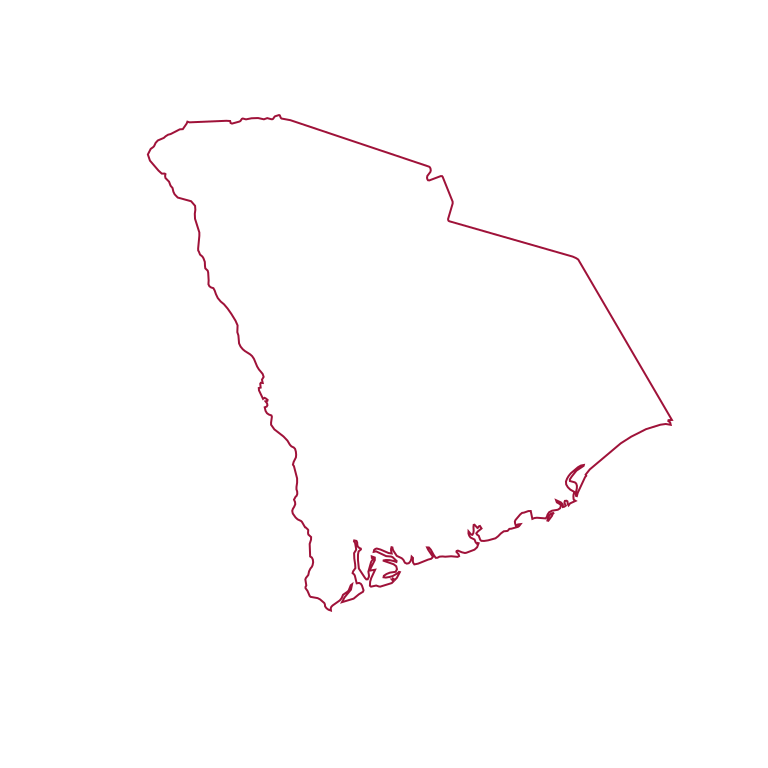 SVG path tracing the border of South Carolina, rotated 15°
{"feature_id": "USA-3545", "entity_name": "South Carolina", "entity_type": "State", "adm_level": 1, "iso_a3": "USA", "parent_name": "United States of America", "parent_adm1": "", "projection": "albers", "projection_center": [-80.855, 33.625], "detail": "fine", "context": "isolated", "style": "outline", "palette": "rose", "viewbox_px": 768, "rotation_deg": 15, "n_neighbors": 0, "source": "natural_earth", "source_scale": "10m", "svg_char_len": 6163}
<svg xmlns="http://www.w3.org/2000/svg" viewBox="0 0 768 768"><g transform="rotate(15 384 384)"><path d="M671.4,344.2L668.2,345.3L668.2,346.2L670.3,347.0L671.5,349.2L666.5,349.7L661.5,351.8L648.8,359.8L636.4,370.9L628.0,380.1L604.9,413.2L602.2,419.4L603.1,420.3L602.3,422.0L599.3,439.0L599.3,442.4L598.5,442.4L597.5,440.3L597.3,435.1L596.7,432.4L595.4,430.4L593.8,429.6L588.7,429.6L588.2,428.1L589.3,424.7L592.3,417.9L598.0,411.4L598.0,410.5L595.3,411.8L592.9,414.2L587.5,422.0L586.2,424.9L585.3,428.1L585.0,431.1L586.0,433.9L588.4,436.2L591.3,437.8L595.5,438.9L595.8,440.1L595.7,441.7L596.0,443.4L596.9,446.1L597.6,446.8L599.3,447.3L594.6,451.2L593.7,453.5L592.6,452.4L591.6,449.9L590.6,449.5L589.0,450.1L588.9,451.5L589.8,453.1L591.1,454.4L590.0,455.8L588.7,456.5L587.8,454.0L585.5,452.6L580.3,451.7L581.6,453.6L584.3,454.3L586.5,455.4L586.2,458.5L584.4,460.5L579.1,462.9L576.7,465.1L575.8,467.7L575.7,470.1L574.9,472.0L566.3,473.6L563.9,474.6L562.2,475.9L558.6,468.7L556.3,469.4L552.5,472.0L550.7,472.8L549.3,474.8L546.2,481.4L546.0,483.0L546.7,484.7L548.2,487.0L548.8,485.9L549.7,485.0L552.2,484.0L551.3,486.2L550.4,487.3L544.5,490.8L542.6,491.5L541.6,493.6L541.0,494.1L537.8,495.3L535.5,498.2L533.6,501.6L531.6,504.2L525.0,508.1L521.3,509.7L518.6,510.3L517.2,509.5L514.8,506.1L512.7,505.3L511.8,504.3L512.9,502.0L515.6,498.3L513.4,496.3L512.6,496.8L512.1,497.8L511.9,498.8L512.2,499.3L507.8,496.5L507.1,496.9L507.4,498.9L508.6,502.6L508.9,504.9L508.4,506.8L507.2,506.9L503.8,504.5L504.3,506.6L505.6,508.5L507.3,509.9L511.7,510.8L513.5,513.2L515.2,514.3L515.6,514.2L515.7,513.3L516.6,513.3L516.2,517.6L514.3,520.6L507.2,525.7L505.9,526.3L502.8,526.4L498.5,525.8L497.4,526.5L497.4,527.4L500.2,529.3L501.1,530.8L499.9,531.9L493.5,533.0L487.8,535.0L485.2,535.4L482.3,536.4L480.6,538.0L478.9,538.5L476.0,536.0L472.1,531.9L469.7,530.3L467.9,530.7L469.4,532.5L475.2,537.6L475.9,537.9L476.0,538.2L475.5,539.5L474.7,540.7L472.2,542.1L463.4,548.7L460.0,550.4L458.4,549.1L457.7,547.6L457.0,544.5L455.4,543.6L455.7,545.9L455.4,548.6L454.3,550.7L452.5,551.6L450.4,551.2L448.2,548.8L446.2,547.7L440.8,546.7L436.2,542.6L435.3,541.5L434.4,539.7L433.5,539.7L433.5,541.4L433.9,543.0L435.3,545.7L432.2,546.1L423.4,544.8L419.6,544.8L418.4,545.5L417.4,546.9L417.5,548.8L419.7,547.7L430.6,549.7L435.7,548.8L437.3,549.1L442.0,551.7L442.0,552.7L438.7,552.5L435.0,552.7L431.5,553.5L428.6,554.8L439.9,555.6L443.0,556.9L444.5,559.6L443.8,562.4L438.5,564.7L435.6,566.9L433.5,569.3L433.6,570.8L435.9,570.5L439.2,569.0L442.2,567.2L446.5,562.8L447.1,561.6L448.0,561.6L446.6,567.9L445.3,570.3L443.0,569.6L443.0,570.4L442.1,570.7L444.3,572.1L443.0,574.3L432.8,580.7L431.5,580.9L428.6,580.7L423.9,583.1L422.6,582.5L421.8,578.6L421.9,574.8L423.5,565.7L419.1,567.7L418.5,566.9L420.7,556.5L420.0,554.0L416.8,553.7L417.3,555.1L418.4,554.8L418.6,555.3L419.3,555.7L418.1,557.4L417.6,559.3L417.5,569.3L419.0,572.7L419.3,574.2L418.8,576.9L417.5,577.3L415.8,576.2L407.5,568.8L404.4,560.7L403.0,555.4L402.8,552.3L404.5,549.8L404.2,549.0L402.7,548.8L400.7,547.8L399.7,545.9L399.1,544.0L398.0,542.7L395.7,542.8L395.7,543.7L397.2,545.0L399.9,550.8L399.9,551.7L398.9,555.1L400.5,560.3L402.8,565.6L404.0,569.3L402.7,572.8L402.6,574.8L404.5,575.7L405.5,576.8L409.2,583.6L411.5,582.6L413.3,583.0L414.8,584.3L417.6,588.5L417.5,590.1L414.2,593.6L410.2,599.2L399.9,605.6L401.1,600.3L405.3,591.2L405.0,585.7L404.0,587.0L403.3,592.7L402.4,594.2L399.0,598.2L398.5,601.8L397.3,604.5L391.7,611.2L390.8,612.8L390.6,614.5L391.4,616.6L388.8,616.4L386.5,615.5L384.7,614.1L383.9,612.1L383.0,611.0L378.0,608.6L375.3,608.0L368.2,608.6L367.1,608.0L363.6,603.6L361.1,601.6L360.7,600.5L361.1,598.7L358.6,593.1L358.8,591.5L360.3,588.1L360.1,584.3L360.7,581.3L361.6,579.3L361.9,577.6L361.7,574.5L360.7,572.0L359.2,570.3L357.3,569.7L353.6,557.7L353.8,553.2L353.2,550.7L349.9,549.0L349.2,547.6L348.6,544.7L347.9,544.1L345.2,542.7L344.8,542.8L340.4,538.4L339.3,537.8L335.6,537.1L333.1,535.8L329.4,532.7L328.2,530.3L328.3,528.2L329.0,525.9L329.4,523.1L328.6,521.0L327.0,519.0L327.8,515.7L328.5,514.7L328.7,512.7L328.0,510.4L326.7,508.4L326.1,506.1L325.6,501.7L324.5,497.7L318.3,486.7L316.9,485.5L316.9,482.6L317.9,477.7L317.5,475.2L316.4,472.2L314.9,469.7L313.3,468.7L310.7,468.2L308.8,467.0L305.4,463.7L300.5,460.7L289.8,456.2L285.5,452.6L284.9,450.5L284.2,444.7L283.4,443.5L280.7,443.3L278.5,442.5L276.6,440.7L274.8,437.4L276.5,436.2L276.9,434.7L276.1,433.0L274.0,431.4L275.7,430.5L275.7,429.5L273.4,428.5L272.1,428.3L271.0,429.7L264.9,422.5L264.1,420.3L265.8,419.4L264.4,415.8L264.7,414.7L266.6,414.4L265.0,411.4L265.9,408.3L264.2,405.7L259.4,402.3L256.9,399.9L251.9,393.4L249.4,391.2L247.0,390.0L241.2,388.2L238.6,387.0L235.8,385.0L233.5,382.3L230.8,374.8L228.9,371.9L227.4,365.3L224.2,361.3L218.4,355.8L213.4,351.6L208.8,348.4L204.9,346.6L201.2,344.0L198.4,340.7L196.3,337.6L194.4,335.6L192.0,335.5L190.1,334.8L188.6,333.1L187.8,329.3L185.3,321.8L184.3,320.1L181.5,318.6L180.6,316.5L179.3,312.4L177.1,309.3L175.6,307.9L172.8,306.6L170.8,303.9L170.0,303.2L169.4,301.2L167.3,288.7L166.4,285.4L158.7,273.3L157.2,268.6L156.7,264.6L155.4,260.8L150.4,257.4L136.5,257.3L132.7,255.0L130.8,252.8L129.0,249.4L126.5,247.7L124.0,244.2L119.6,241.6L118.7,239.7L118.6,237.8L117.7,237.5L114.9,238.3L110.9,236.2L100.1,228.8L96.5,223.4L97.8,217.3L99.9,214.7L100.4,213.6L101.0,210.2L102.5,207.3L107.6,203.3L108.9,201.3L110.9,199.1L113.2,197.8L120.8,190.9L123.7,189.9L126.0,183.5L126.2,181.5L128.4,181.6L163.5,170.6L167.3,169.8L168.3,171.6L169.8,171.8L176.3,168.0L177.2,167.2L178.1,164.7L178.9,164.1L182.2,164.1L187.3,161.6L193.5,159.7L199.5,159.4L202.4,157.4L206.7,157.4L207.7,157.1L208.3,156.5L209.0,154.4L209.5,153.6L213.0,151.4L213.8,151.5L215.4,153.6L216.3,154.1L225.3,153.4L371.2,162.4L372.2,162.8L373.1,163.8L373.9,165.6L373.9,167.2L372.0,171.8L372.2,173.8L373.0,175.1L373.8,175.8L375.1,175.6L385.0,168.5L386.3,168.2L387.1,168.8L403.1,190.1L403.6,191.9L403.2,208.0L403.5,208.9L404.2,209.7L405.1,209.9L533.3,212.1L537.0,212.7L539.4,213.5L671.4,344.2ZM580.5,465.6L580.4,467.8L578.1,473.6L577.2,473.6L577.2,470.8L577.7,468.2L578.9,466.0L580.8,464.8L581.1,465.0L580.9,465.4L580.5,465.6Z" fill="none" stroke="#9f1239" stroke-width="2"/></g></svg>